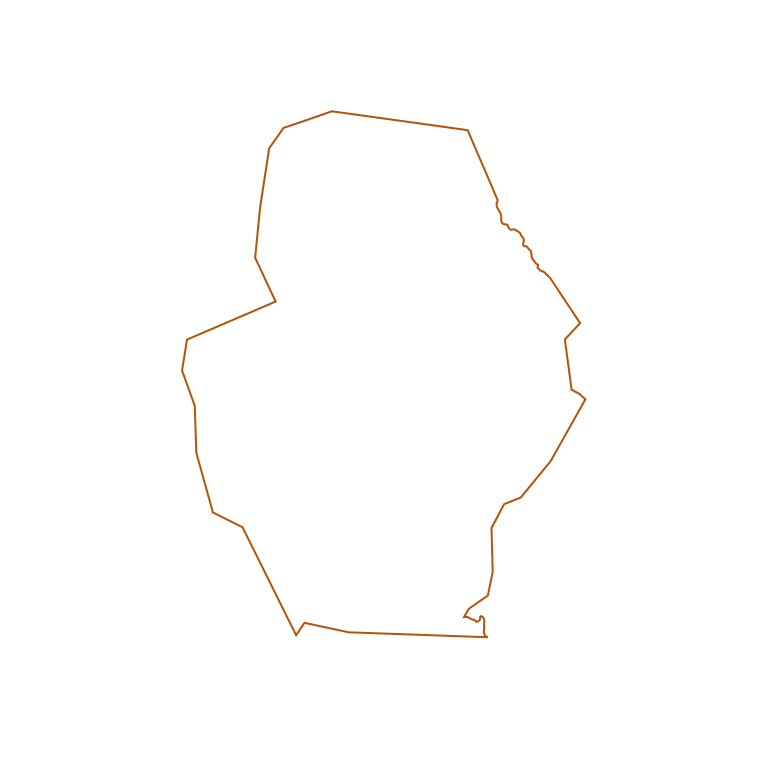 Jargalan, Govi-Altay, Mongolia (Albers equal-area conic projection), rotated 32°
{"feature_id": "93677404B58079754200585", "entity_name": "Jargalan", "entity_type": "district", "adm_level": 2, "iso_a3": "MNG", "parent_name": "Mongolia", "parent_adm1": "Govi-Altay", "projection": "albers", "projection_center": [96.049, 47.069], "detail": "fine", "context": "isolated", "style": "outline", "palette": "amber", "viewbox_px": 768, "rotation_deg": 32, "n_neighbors": 0, "source": "geoboundaries", "source_scale": "gbopen_adm2", "svg_char_len": 3117}
<svg xmlns="http://www.w3.org/2000/svg" viewBox="0 0 768 768"><g transform="rotate(32 384 384)"><path d="M320.4,124.4L195.2,180.4L179.0,200.6L163.1,220.0L161.7,244.9L185.5,300.2L207.8,345.2L248.4,371.5L193.4,450.7L205.6,479.6L235.1,502.8L261.3,541.8L307.0,583.6L340.0,580.5L442.6,643.6L443.1,628.7L485.8,613.2L606.3,543.7L605.7,543.8L605.3,543.8L604.7,543.9L603.9,544.1L603.2,544.0L602.6,543.6L602.2,543.3L601.6,542.7L600.6,542.0L600.3,541.8L600.0,541.4L599.8,541.0L599.2,539.7L598.6,538.5L597.8,537.2L596.2,534.7L595.0,532.3L594.0,531.0L593.5,530.5L592.7,530.0L592.0,529.6L591.3,529.4L590.6,529.3L590.1,529.3L589.8,529.3L589.5,529.4L589.2,529.6L589.1,529.8L588.9,530.3L589.1,530.9L589.3,531.1L589.6,531.5L590.0,532.3L590.1,532.7L590.2,533.4L590.1,534.1L589.9,534.6L589.6,535.2L589.4,535.6L589.1,536.0L588.4,536.7L587.9,536.7L587.4,536.6L586.8,536.2L586.3,536.2L585.8,536.3L585.1,536.4L583.5,536.9L581.9,537.2L580.8,537.2L579.6,537.2L579.0,537.3L578.2,537.4L577.4,537.7L575.4,539.2L575.3,537.8L575.3,537.4L575.3,537.1L575.0,529.7L584.1,508.4L575.9,486.0L551.5,449.2L549.5,422.3L560.1,407.8L560.8,402.8L566.2,361.0L562.9,290.3L554.6,288.8L546.1,289.4L513.8,250.4L518.0,228.4L515.9,227.5L468.6,206.0L467.5,205.8L466.6,205.6L465.7,205.4L465.3,205.1L464.5,205.0L463.7,205.0L463.0,204.9L462.1,204.6L461.6,204.4L461.0,204.3L460.5,204.2L459.9,204.3L459.4,204.3L458.7,204.5L457.9,204.8L457.2,204.8L456.6,204.9L455.8,204.9L455.1,204.6L454.5,204.4L453.9,204.5L453.2,204.3L452.7,204.1L452.3,203.7L452.0,202.7L452.0,201.9L451.7,201.5L451.3,201.3L451.2,201.3L450.7,201.3L450.2,201.3L449.7,201.3L449.0,201.2L448.4,201.1L447.5,200.7L447.1,200.5L446.4,200.1L445.8,200.0L445.1,199.8L444.4,199.6L443.9,199.4L443.5,199.1L443.0,198.8L442.4,198.4L441.7,197.8L441.3,197.4L441.2,197.3L441.2,197.1L441.0,196.6L440.7,196.1L440.4,195.9L439.9,195.5L439.5,195.0L439.4,195.0L439.3,194.7L439.1,194.4L438.6,193.7L438.1,193.4L437.4,193.2L436.7,193.2L436.0,193.1L435.2,192.8L434.7,192.6L434.0,192.5L433.3,192.2L432.7,191.9L432.3,191.8L431.8,191.8L431.5,191.9L430.9,192.1L430.2,192.7L429.8,192.8L429.1,192.8L428.5,192.4L427.9,191.7L427.5,190.9L427.2,190.0L427.0,189.4L426.6,188.2L426.0,187.4L425.5,186.9L424.8,186.5L424.2,186.3L423.5,186.0L422.9,185.8L422.2,185.6L421.6,185.3L420.8,184.8L420.7,184.7L420.1,184.4L419.3,184.0L419.3,183.9L419.0,183.9L418.5,183.7L418.3,183.7L417.7,183.6L417.2,183.6L416.5,183.8L415.4,183.9L414.7,183.8L414.3,183.6L414.0,183.6L413.6,183.7L413.2,183.7L412.5,183.9L411.8,184.4L411.2,184.8L410.8,185.2L410.2,185.8L409.8,186.0L409.0,186.1L408.4,186.0L407.6,185.7L407.1,185.4L406.7,185.3L406.4,185.0L406.1,184.9L405.8,184.8L405.5,184.6L405.3,184.3L404.9,183.8L404.3,183.6L403.9,183.6L403.3,183.8L402.8,184.0L402.1,184.4L401.5,184.7L401.0,184.9L400.6,185.0L400.0,185.1L399.4,185.0L398.5,184.7L397.7,184.2L396.8,183.2L396.2,182.5L395.5,181.3L394.6,179.6L394.1,179.0L393.6,178.5L392.7,177.8L391.7,177.1L390.7,176.5L389.7,176.1L388.7,175.7L387.6,175.0L386.7,174.5L385.7,173.8L384.6,172.5L383.9,171.4L383.8,170.5L383.6,169.6L383.1,168.0L377.5,164.1L377.3,163.9L320.4,124.4Z" fill="none" stroke="#b45309" stroke-width="2"/></g></svg>